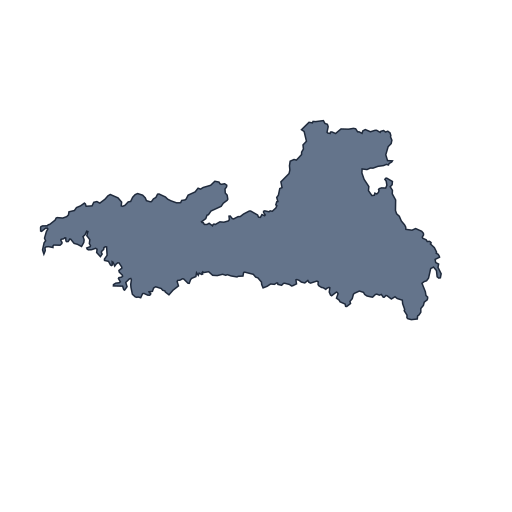 the district of Diamantina, Minas Gerais, Brazil, rotated 238°
{"feature_id": "56859067B62875205833655", "entity_name": "Diamantina", "entity_type": "district", "adm_level": 2, "iso_a3": "BRA", "parent_name": "Brazil", "parent_adm1": "Minas Gerais", "projection": "albers", "projection_center": [-43.58, -17.913], "detail": "fine", "context": "isolated", "style": "filled", "palette": "slate", "viewbox_px": 512, "rotation_deg": 238, "n_neighbors": 0, "source": "geoboundaries", "source_scale": "gbopen_adm2", "svg_char_len": 6117}
<svg xmlns="http://www.w3.org/2000/svg" viewBox="0 0 512 512"><g transform="rotate(238 256 256)"><path d="M117.1,359.4L119.6,361.4L119.6,362.9L121.0,366.0L124.1,367.9L125.4,371.8L127.7,374.2L128.1,378.0L129.0,379.0L130.2,379.8L132.4,379.2L136.0,380.7L144.9,382.3L145.2,385.0L144.6,387.5L145.8,390.6L152.8,397.5L152.5,400.7L148.0,401.3L142.4,398.6L140.4,399.3L139.8,400.8L142.8,403.6L149.9,404.3L152.4,406.6L155.2,404.9L158.2,406.1L157.7,411.0L158.6,411.3L160.9,411.4L162.8,410.3L163.6,411.2L168.6,411.7L173.8,410.3L174.3,411.5L175.4,411.4L176.6,410.8L177.5,408.9L179.6,408.9L182.7,406.8L183.9,407.0L185.1,409.3L186.6,410.0L189.2,409.6L194.7,405.9L195.2,402.0L199.2,397.2L201.2,398.3L203.7,398.5L208.7,397.8L213.8,398.6L217.3,397.6L220.7,398.4L229.5,404.1L236.5,404.5L239.4,406.5L243.6,406.5L244.3,409.2L246.9,411.2L252.8,408.1L253.2,407.1L252.7,405.9L250.5,406.1L246.7,404.5L244.9,402.0L247.2,398.6L247.8,396.3L247.5,395.2L246.2,394.9L245.1,393.6L244.8,392.4L244.6,391.3L246.3,390.1L244.8,388.6L245.8,386.3L251.8,386.0L255.1,388.5L263.8,388.3L270.3,389.8L273.6,392.1L270.5,395.9L270.0,399.6L268.5,401.8L267.4,407.0L265.1,412.1L264.6,415.1L263.0,416.6L263.9,417.8L263.8,420.9L264.4,422.1L267.2,418.1L273.1,419.7L278.7,426.0L279.7,430.2L282.2,432.6L285.7,433.2L286.8,434.2L289.4,434.9L292.0,433.9L292.5,431.5L294.8,430.7L295.6,427.9L295.0,426.8L298.7,424.9L299.5,423.6L300.7,418.9L305.3,415.7L305.5,412.9L303.8,410.9L306.7,409.2L307.4,408.0L311.1,407.9L312.6,406.3L314.5,401.7L318.7,395.4L317.7,388.4L321.0,386.1L321.6,384.9L320.6,383.8L322.1,382.1L323.3,381.8L327.4,385.7L328.8,386.1L329.9,386.3L331.9,384.7L335.1,384.9L338.4,377.7L339.9,375.7L339.0,374.4L341.3,371.8L339.0,361.5L336.1,362.8L326.6,359.6L325.3,354.7L321.6,352.9L319.9,349.7L317.9,348.4L315.9,341.1L317.7,339.4L318.3,335.2L314.8,332.2L311.0,330.3L308.4,327.7L305.7,316.4L300.2,314.3L300.6,311.9L295.7,307.2L294.7,304.6L290.6,303.4L291.0,302.3L288.9,299.9L287.6,300.3L286.2,298.3L285.3,293.5L286.8,291.9L286.6,290.5L289.7,287.3L289.9,286.1L288.9,285.5L285.9,285.6L285.6,284.6L288.0,283.0L286.4,280.2L287.6,278.7L289.9,279.1L297.0,275.3L297.7,274.2L298.2,267.7L297.8,263.5L298.9,261.6L299.3,256.6L300.3,255.7L303.6,255.3L304.1,254.2L301.0,252.7L300.4,251.1L301.7,246.6L304.1,243.5L304.3,238.1L305.4,237.3L305.4,236.2L304.6,235.1L308.6,233.6L308.7,231.2L310.1,228.9L312.2,229.0L312.7,228.1L313.9,227.9L314.3,233.2L316.6,236.1L316.2,237.5L318.0,241.7L316.6,252.8L318.1,256.2L318.5,261.0L319.1,262.2L322.9,263.8L325.7,263.3L329.2,265.2L330.3,267.8L331.5,268.7L333.9,267.7L335.2,264.5L336.5,263.7L338.3,263.8L341.2,260.7L340.0,255.0L342.1,247.5L342.1,244.4L344.2,242.8L342.6,238.3L343.6,230.7L341.3,226.9L341.2,225.4L342.5,222.4L341.2,220.4L341.6,219.4L343.2,216.8L347.9,213.1L351.0,211.2L354.0,210.5L360.0,206.6L360.6,205.3L358.7,202.1L358.8,199.3L357.7,196.7L357.6,195.7L358.3,194.8L361.0,192.4L364.0,192.9L367.7,192.1L371.7,188.7L372.1,186.0L371.2,182.6L368.7,178.6L369.6,176.3L368.4,171.7L368.8,169.2L369.9,168.3L372.9,170.6L378.4,169.8L385.4,165.0L385.5,162.3L384.2,158.1L383.6,151.5L386.5,149.9L387.5,146.9L385.4,143.5L388.2,138.3L390.6,138.9L391.8,138.5L391.5,133.8L392.2,129.4L390.8,126.1L392.6,120.8L390.2,118.7L389.7,116.3L390.6,112.2L393.9,107.8L394.1,106.6L392.9,104.7L392.1,97.9L392.6,96.4L392.2,95.0L394.6,91.0L394.9,89.2L394.2,88.3L391.3,86.6L390.5,87.2L391.1,92.3L390.2,93.8L389.2,93.8L387.8,91.2L384.2,87.2L383.2,86.1L380.3,85.6L379.5,83.3L374.3,78.2L370.0,77.1L372.2,80.1L374.8,81.4L375.0,82.8L373.9,85.0L370.8,88.3L372.1,89.1L372.4,90.4L369.0,95.5L369.4,97.9L370.3,98.7L372.9,98.8L373.4,99.6L372.5,102.1L372.8,103.4L372.2,104.2L369.5,102.8L368.5,103.0L367.8,104.4L369.1,107.1L368.3,107.8L363.1,108.4L360.5,110.8L356.5,113.1L358.8,117.2L360.8,118.8L364.1,119.6L364.6,122.3L366.8,125.6L365.8,126.4L362.9,123.3L357.9,123.7L354.8,121.2L352.6,121.2L351.8,120.4L352.5,116.7L351.1,116.5L350.0,117.2L348.5,119.8L347.5,124.1L345.9,124.8L343.4,122.7L337.9,123.7L339.2,126.6L340.6,126.6L341.7,127.4L342.3,130.3L343.7,131.5L343.7,133.1L342.9,134.1L335.5,130.1L333.7,125.8L332.5,125.2L329.6,128.1L325.6,127.8L324.5,128.3L324.5,129.3L327.5,131.0L326.5,131.5L322.3,130.8L323.3,133.2L323.5,135.2L322.7,136.2L317.9,136.3L316.8,135.8L316.4,132.1L314.9,131.5L310.6,132.5L309.5,132.1L309.3,130.7L310.3,128.3L309.8,127.4L306.0,127.3L305.8,125.8L307.3,122.7L307.3,120.0L306.2,119.2L301.1,126.9L297.6,126.0L296.7,126.5L298.3,130.4L302.6,131.5L303.7,136.5L303.3,137.9L301.8,137.7L298.3,134.7L295.6,133.3L289.1,130.9L285.4,131.9L284.2,132.9L283.6,134.4L281.7,136.1L284.2,139.9L283.6,141.2L280.2,143.4L279.1,145.0L279.2,146.1L280.1,146.9L281.3,146.1L282.4,146.3L280.9,149.4L283.1,152.2L283.1,154.6L278.6,158.4L276.4,158.7L274.7,160.2L273.5,160.0L269.2,161.6L271.0,167.6L271.7,174.4L276.2,175.6L276.8,176.6L275.8,178.6L275.6,181.7L274.8,182.5L268.9,183.9L268.2,184.9L270.7,188.1L271.1,189.8L270.4,194.1L273.3,196.7L270.2,196.8L271.6,198.7L269.1,200.2L269.0,201.2L270.4,201.4L270.8,202.5L269.7,202.8L267.8,207.5L262.6,209.0L259.9,212.8L258.2,218.0L255.7,220.1L255.4,221.8L252.3,224.3L248.3,228.8L248.2,230.2L245.9,234.3L248.6,236.8L248.3,237.9L241.9,244.0L238.3,244.5L236.5,246.0L231.0,246.8L228.8,245.7L225.2,245.1L224.4,249.4L224.5,253.6L222.2,256.6L222.2,259.2L221.6,260.0L220.3,259.5L217.6,262.2L218.2,264.8L217.7,265.9L214.1,269.3L211.7,270.3L211.3,271.5L210.9,275.6L214.6,277.2L214.4,278.2L212.6,279.6L209.9,280.6L207.3,283.1L207.8,287.0L205.7,286.9L204.1,287.9L202.5,294.3L201.2,295.1L198.9,293.5L197.5,293.5L194.6,294.9L193.5,296.2L190.7,297.5L191.1,298.7L190.7,301.3L189.9,301.8L186.6,299.0L183.4,298.5L182.2,299.1L182.8,305.1L181.9,305.6L180.5,305.6L177.6,301.9L174.6,303.1L172.6,303.0L168.0,306.1L165.8,305.3L165.1,306.2L165.6,311.0L167.7,311.6L168.8,315.0L171.9,318.3L172.2,319.6L171.5,325.1L168.2,327.9L165.8,327.8L163.3,328.9L160.1,332.1L159.3,333.1L160.1,336.8L159.7,338.2L157.4,339.9L157.0,341.9L153.6,342.1L153.1,343.0L153.7,345.2L152.9,346.1L147.8,348.0L147.8,352.3L145.1,353.2L141.0,356.7L137.9,355.1L132.0,353.8L131.1,352.7L125.8,352.7L123.7,351.3L122.4,351.5L119.7,354.0L117.1,359.4Z" fill="#64748b" stroke="#1e293b" stroke-width="1.5"/></g></svg>